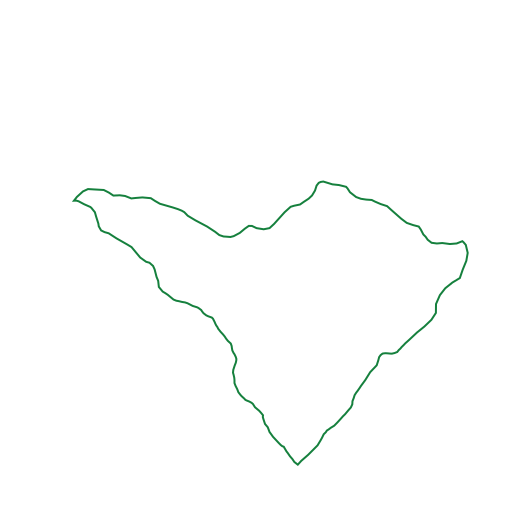 Gasetsho Gom, Wangdi Phodrang, Bhutan (Natural Earth projection), rotated 38°
{"feature_id": "84629894B12235536926610", "entity_name": "Gasetsho Gom", "entity_type": "district", "adm_level": 2, "iso_a3": "BTN", "parent_name": "Bhutan", "parent_adm1": "Wangdi Phodrang", "projection": "natural_earth1", "projection_center": [89.875, 27.432], "detail": "fine", "context": "isolated", "style": "outline", "palette": "green", "viewbox_px": 512, "rotation_deg": 38, "n_neighbors": 0, "source": "geoboundaries", "source_scale": "gbopen_adm2", "svg_char_len": 3083}
<svg xmlns="http://www.w3.org/2000/svg" viewBox="0 0 512 512"><g transform="rotate(38 256 256)"><path d="M409.5,117.3L406.4,122.6L401.4,127.2L394.8,131.1L390.8,134.8L386.2,137.5L381.3,137.5L377.8,136.4L374.6,136.0L369.6,133.7L366.1,132.6L360.8,134.9L354.4,137.1L347.4,137.2L333.9,136.4L328.6,136.0L322.3,138.3L316.2,139.9L312.7,140.6L308.1,143.7L303.5,146.3L298.6,147.9L290.8,147.9L286.5,146.4L284.4,146.0L277.7,149.0L272.1,152.5L267.1,154.4L263.2,155.9L261.4,157.8L260.4,159.7L260.4,163.2L262.2,168.1L262.9,173.8L262.2,178.4L260.4,183.7L259.0,188.3L255.1,192.9L253.0,195.9L251.6,203.9L250.5,219.6L249.5,225.7L245.6,230.2L239.3,233.7L234.3,234.8L231.8,236.7L230.4,241.3L229.0,247.8L226.2,254.1L224.1,256.8L221.2,258.7L218.4,260.6L214.2,262.1L208.9,262.1L199.3,262.9L186.3,265.2L177.4,266.3L172.5,265.6L169.6,266.0L165.7,267.1L160.5,269.0L148.1,274.0L142.4,274.8L137.5,275.2L130.4,279.8L125.5,284.3L122.3,287.4L115.9,289.3L111.3,292.0L106.4,296.2L101.1,296.6L95.4,297.7L82.4,306.7L79.9,311.6L78.5,319.7L78.5,324.5L80.5,322.9L82.5,322.1L88.8,321.0L95.1,319.4L96.5,319.4L102.1,320.7L105.8,323.4L111.8,327.5L113.8,329.4L118.2,331.2L122.0,330.4L125.9,328.8L135.2,328.0L147.5,326.2L152.4,325.6L159.7,327.2L165.7,328.5L173.0,328.2L176.2,326.9L181.0,327.2L184.4,329.0L190.5,333.7L194.2,335.8L198.5,340.2L204.4,341.5L207.5,341.1L210.4,340.9L213.8,341.0L217.8,341.1L220.7,340.3L223.2,339.0L225.9,337.8L228.6,336.3L231.1,335.4L236.9,334.3L241.1,332.7L242.6,332.4L246.1,332.3L247.4,332.8L249.8,333.4L253.3,333.4L255.5,332.9L259.1,331.7L260.7,331.9L263.9,333.4L265.7,334.4L267.4,335.2L269.4,335.8L271.0,336.6L274.6,337.5L278.3,338.1L280.9,338.7L283.2,339.5L286.0,340.2L290.0,340.5L292.2,341.9L293.4,343.1L295.5,345.0L298.0,346.2L299.6,346.7L302.2,348.0L303.9,349.2L304.8,350.5L305.8,352.6L306.6,355.3L308.2,359.7L309.7,362.1L311.6,363.5L313.8,365.3L315.4,367.0L317.3,369.4L319.8,370.9L323.2,372.5L326.0,374.2L329.2,375.0L330.8,375.3L334.6,375.6L336.2,375.9L337.6,375.6L340.4,374.8L342.9,374.4L344.7,374.5L348.3,375.8L353.8,376.0L356.6,376.5L359.6,377.2L360.5,378.7L362.3,380.0L366.5,382.8L370.7,383.7L375.1,386.4L377.0,386.9L380.7,388.0L388.8,389.3L391.9,389.7L393.8,389.7L395.3,389.2L397.0,389.9L400.3,391.2L402.3,391.7L406.1,392.9L409.7,393.6L413.0,394.7L417.4,394.7L417.8,389.5L419.5,380.6L421.1,367.3L420.8,365.0L420.4,361.6L419.9,358.4L419.1,354.7L419.5,352.0L419.3,349.9L420.0,348.0L420.7,345.3L422.1,341.6L422.6,337.3L423.0,332.1L423.2,328.7L423.6,325.9L423.7,322.9L423.8,320.3L424.0,317.0L423.2,313.6L421.4,311.0L420.5,307.9L419.4,305.0L419.1,302.0L419.1,299.8L418.9,296.1L418.7,293.9L418.5,286.6L417.5,277.2L418.4,267.8L416.6,262.9L416.0,261.5L415.3,259.9L415.2,257.4L415.8,255.0L416.9,253.8L418.0,252.8L419.9,251.5L421.5,250.5L423.2,249.3L424.9,247.2L426.4,244.7L426.4,242.2L426.8,239.9L426.8,238.3L427.2,235.2L427.4,232.9L427.9,230.2L428.3,227.9L430.0,217.0L432.1,208.0L433.5,198.3L432.8,190.1L427.4,183.0L425.0,173.6L425.0,164.9L427.1,156.0L430.2,147.9L427.3,139.5L424.7,130.3L420.9,123.2L414.5,118.1L411.1,117.4L409.5,117.3Z" fill="none" stroke="#15803d" stroke-width="2"/></g></svg>